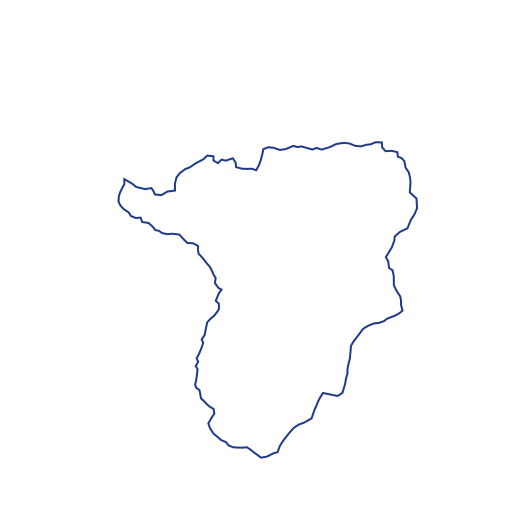 Pugmil, Tocantins, Brazil, rotated 217°
{"feature_id": "56859067B46523842335480", "entity_name": "Pugmil", "entity_type": "district", "adm_level": 2, "iso_a3": "BRA", "parent_name": "Brazil", "parent_adm1": "Tocantins", "projection": "natural_earth1", "projection_center": [-48.87, -10.421], "detail": "fine", "context": "isolated", "style": "outline", "palette": "blue", "viewbox_px": 512, "rotation_deg": 217, "n_neighbors": 0, "source": "geoboundaries", "source_scale": "gbopen_adm2", "svg_char_len": 2670}
<svg xmlns="http://www.w3.org/2000/svg" viewBox="0 0 512 512"><g transform="rotate(217 256 256)"><path d="M311.7,350.2L314.4,345.7L311.9,340.4L310.0,335.7L308.2,330.0L307.5,324.6L312.0,323.1L315.0,320.6L319.5,317.4L325.4,315.0L328.5,318.4L333.3,320.1L337.5,314.0L341.5,312.3L342.3,307.3L347.3,306.6L350.0,310.0L355.3,306.9L356.3,301.4L359.9,293.8L362.3,286.8L364.8,282.9L366.7,276.3L366.8,271.0L364.3,265.0L360.1,259.5L365.6,254.1L368.2,247.7L373.8,244.3L376.9,246.1L380.4,247.3L384.9,242.6L393.1,239.1L398.9,239.2L407.4,238.1L404.4,234.1L403.6,229.0L402.8,224.8L401.4,221.0L398.4,216.6L394.6,214.7L390.0,213.8L384.1,214.2L379.9,212.7L374.8,214.0L371.3,217.2L367.3,214.6L361.8,217.7L355.8,217.2L352.0,216.1L348.7,217.7L344.7,217.8L339.8,220.2L336.0,223.6L330.0,227.0L324.9,226.0L318.8,225.1L313.8,228.3L308.4,229.2L305.8,225.7L303.2,223.3L297.4,222.3L290.5,220.4L286.9,219.8L283.6,218.4L278.9,215.7L275.0,214.2L272.6,209.7L266.9,207.9L263.3,208.4L263.2,203.9L261.2,196.0L256.9,195.5L253.7,191.4L253.4,187.5L253.5,183.1L254.4,179.2L255.1,173.8L252.4,167.9L249.5,162.1L249.1,156.6L246.0,155.0L244.4,150.5L242.7,144.0L241.8,138.4L238.6,136.9L237.9,131.8L234.6,130.5L231.6,125.4L228.8,120.4L227.3,116.6L224.2,114.7L220.5,114.9L217.8,112.5L214.3,109.2L210.4,108.8L206.2,108.1L202.5,107.8L197.8,108.3L194.5,105.1L194.1,99.5L193.3,93.6L189.1,90.8L183.2,88.6L178.5,88.4L173.0,88.0L168.0,89.3L163.8,88.2L159.1,89.5L154.7,92.4L151.2,95.0L148.1,97.8L144.6,98.0L139.4,97.9L134.3,98.0L130.6,98.0L126.6,102.3L123.4,108.8L120.7,112.3L122.6,118.6L123.1,124.3L123.1,130.1L122.9,135.2L122.4,141.4L120.5,146.9L117.2,152.1L113.9,159.8L116.7,168.3L117.6,172.6L118.9,177.1L119.6,181.5L120.1,186.9L110.4,191.5L106.6,193.3L104.6,198.6L107.8,207.4L110.4,212.3L112.1,217.0L114.9,220.7L117.1,225.3L119.4,230.7L123.1,236.7L126.0,241.3L126.6,245.2L126.6,251.2L126.6,262.4L124.4,267.9L121.1,273.3L117.6,276.5L114.6,281.0L113.6,284.7L108.8,292.6L107.1,296.4L106.1,300.5L110.6,304.1L113.4,307.7L116.4,310.5L122.4,312.6L128.2,315.5L134.1,323.1L138.4,326.8L142.5,326.5L147.3,331.4L151.6,333.2L152.8,345.1L154.8,351.5L156.9,355.1L155.6,361.7L153.7,365.5L151.7,369.2L154.0,377.8L154.5,384.7L156.1,391.0L162.4,398.5L167.2,398.9L171.5,399.4L177.0,407.9L180.2,411.3L184.0,414.6L189.7,416.6L194.7,421.1L198.8,421.8L202.5,420.7L205.6,424.0L211.0,421.6L215.6,417.7L220.5,418.6L223.8,422.4L228.8,419.0L231.6,414.3L235.1,410.9L238.1,406.8L242.7,403.8L248.8,402.2L252.8,400.0L255.5,397.7L259.4,393.6L262.7,387.2L267.5,380.6L272.8,378.6L275.0,375.0L279.7,373.1L285.4,371.0L288.7,367.8L292.4,366.5L294.6,362.6L296.7,359.2L300.7,355.1L307.5,352.8L311.7,350.2Z" fill="none" stroke="#1e3a8a" stroke-width="2"/></g></svg>